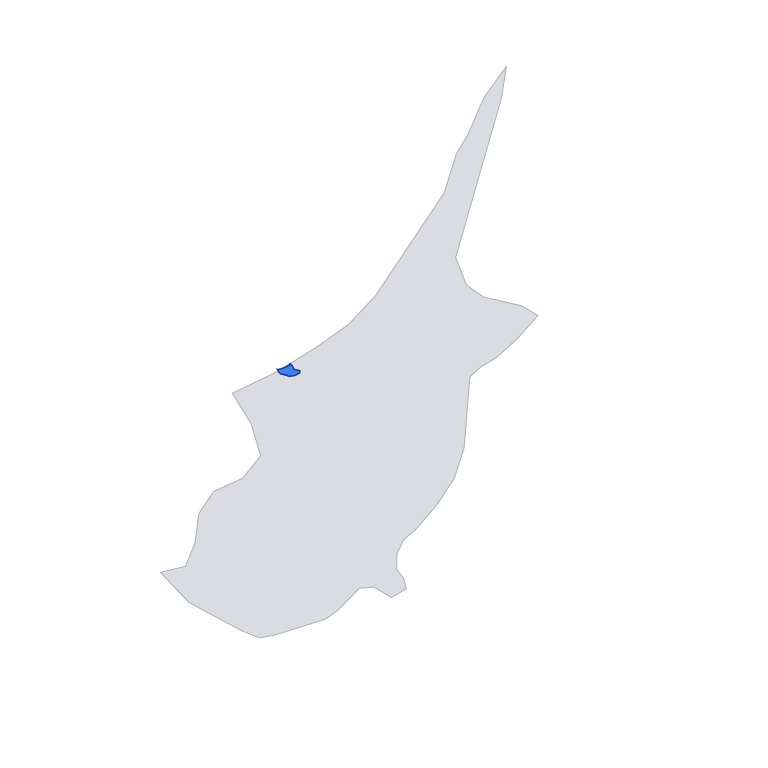 location of Lapithos, Cyprus, rotated 322°
{"feature_id": "46923920B16403791533064", "entity_name": "Lapithos", "entity_type": "district", "adm_level": 2, "iso_a3": "CYP", "parent_name": "Cyprus", "parent_adm1": "", "projection": "albers", "projection_center": [33.164, 35.337], "detail": "fine", "context": "in_parent", "style": "filled", "palette": "blue", "viewbox_px": 768, "rotation_deg": 322, "n_neighbors": 0, "source": "geoboundaries", "source_scale": "gbopen_adm2", "svg_char_len": 1695}
<svg xmlns="http://www.w3.org/2000/svg" viewBox="0 0 768 768"><g transform="rotate(322 384 384)"><path d="M540.3,406.7L547.4,424.8L517.8,430.4L488.1,432.4L471.5,430.2L456.0,431.3L408.0,483.5L382.0,501.3L351.1,511.9L319.6,518.1L303.8,518.9L289.9,525.5L280.1,537.6L279.8,549.3L275.6,559.0L258.3,556.9L251.1,537.9L238.8,529.8L208.2,533.9L193.2,533.3L144.3,515.0L129.6,507.5L120.5,492.0L95.7,436.0L91.9,394.8L115.2,405.5L137.2,392.9L158.4,372.1L183.5,363.7L199.1,367.5L214.6,371.2L242.6,364.6L254.8,333.6L258.8,297.9L305.9,308.2L353.8,313.5L392.9,315.2L431.5,309.2L549.4,270.3L582.6,247.2L603.2,239.3L638.8,220.0L676.1,209.0L652.4,231.2L518.4,328.4L509.8,357.0L516.0,376.7L535.2,400.4L540.3,406.7Z" fill="#d9dde1" stroke="#a8b0b8" stroke-width="1"/><path d="M312.8,317.6L313.0,318.3L313.4,318.7L313.6,318.9L313.8,319.2L313.8,319.5L318.8,322.4L324.3,323.4L325.6,322.3L325.9,321.8L325.5,321.3L325.3,320.9L324.7,320.2L324.4,319.8L323.9,319.1L323.3,318.6L322.7,318.1L322.4,317.6L322.3,317.1L322.2,316.5L322.4,315.6L322.7,314.9L322.7,314.3L322.7,313.6L322.8,312.9L322.9,312.4L322.8,311.7L322.7,311.0L322.7,310.4L322.3,310.0L321.9,310.3L321.3,310.7L320.8,310.8L320.2,310.7L319.8,310.6L319.3,310.4L318.7,310.3L318.1,310.4L317.6,310.3L317.1,310.2L316.4,310.0L315.7,309.9L314.7,309.5L314.0,309.4L313.5,309.1L312.6,308.7L311.8,308.5L311.3,308.3L310.9,307.9L310.5,307.7L309.6,307.5L308.9,306.8L308.8,307.5L308.8,308.3L308.7,308.7L308.5,309.1L308.5,309.8L308.6,310.4L308.6,311.1L308.7,312.0L308.9,312.5L309.2,313.0L309.7,313.5L310.2,314.1L310.5,314.6L310.9,315.0L311.3,315.6L311.3,316.0L311.7,316.3L312.3,316.5L312.8,316.7L313.0,317.0L312.8,317.6Z" fill="#3b82f6" stroke="#1e3a8a" stroke-width="1.5"/></g></svg>